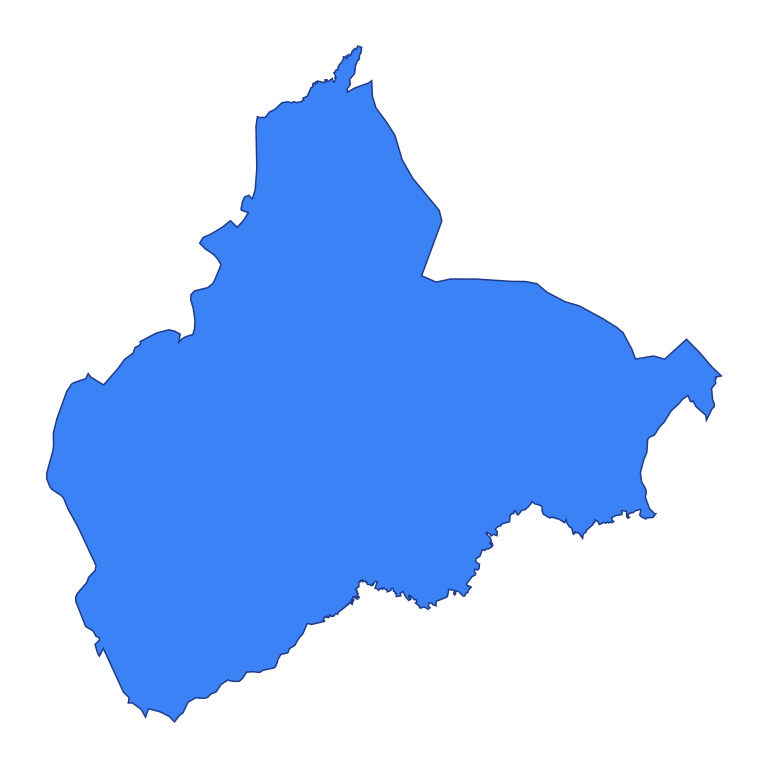 the district of Abuakwa South, Eastern, Ghana
{"feature_id": "2480657B6434141016984", "entity_name": "Abuakwa South", "entity_type": "district", "adm_level": 2, "iso_a3": "GHA", "parent_name": "Ghana", "parent_adm1": "Eastern", "projection": "natural_earth1", "projection_center": [-0.472, 6.173], "detail": "fine", "context": "isolated", "style": "filled", "palette": "blue", "viewbox_px": 768, "rotation_deg": 0, "n_neighbors": 0, "source": "geoboundaries", "source_scale": "gbopen_adm2", "svg_char_len": 6036}
<svg xmlns="http://www.w3.org/2000/svg" viewBox="0 0 768 768"><path d="M145.5,717.1L148.5,708.8L160.0,711.8L169.3,716.4L174.5,721.9L179.6,715.2L182.9,713.0L188.0,702.2L195.7,697.8L204.2,698.3L207.5,697.5L210.9,693.9L216.0,692.1L221.2,684.4L228.3,679.7L229.6,680.7L234.6,681.4L239.3,681.3L242.6,678.3L246.5,672.2L253.1,671.7L259.3,672.5L263.6,670.1L273.7,668.0L275.3,666.9L277.5,662.0L277.5,660.3L280.8,654.5L287.8,652.8L289.5,648.6L294.7,645.4L299.2,637.8L302.7,634.1L307.0,624.0L308.6,623.6L311.3,624.5L323.6,621.6L322.7,621.2L324.2,620.4L323.3,619.2L325.1,616.7L326.8,617.6L327.2,616.3L328.7,617.5L329.6,616.6L329.4,615.2L330.4,614.9L331.6,616.5L334.1,615.9L335.3,613.7L337.7,614.1L337.8,612.7L345.9,606.4L346.1,605.3L347.9,605.0L347.8,603.8L349.0,603.7L349.5,602.6L352.3,604.3L352.5,602.7L351.2,601.6L353.1,601.5L353.8,599.9L351.6,599.7L353.0,597.9L353.0,596.7L354.2,596.7L354.9,597.8L355.8,596.6L356.5,598.9L357.7,599.1L357.6,597.4L359.3,597.6L359.2,597.0L357.1,596.6L358.0,595.5L357.6,594.4L358.2,593.4L356.7,592.9L357.2,591.0L355.6,589.3L358.9,586.5L358.9,581.8L360.3,581.8L360.2,580.5L362.6,580.1L361.9,581.1L362.3,581.7L365.4,581.0L366.1,582.6L367.3,582.9L367.4,584.4L370.1,584.6L371.1,585.6L371.9,585.6L372.4,583.9L373.1,584.8L375.1,581.4L376.8,581.5L376.7,583.6L375.0,588.2L377.7,589.0L378.4,590.4L381.7,587.8L382.4,589.4L384.0,587.8L385.7,589.6L387.2,589.8L387.3,591.8L390.9,590.4L391.0,589.0L392.0,588.1L393.3,588.7L393.3,590.9L395.0,591.8L395.1,593.2L396.2,593.2L396.3,596.5L400.9,595.8L400.2,593.6L402.8,591.4L405.9,597.2L408.7,600.4L410.8,599.3L409.1,597.9L408.6,595.8L409.2,595.3L410.9,596.0L410.4,597.1L413.3,598.0L414.0,599.6L416.0,599.7L417.0,601.8L415.4,603.0L418.2,605.1L420.3,608.2L423.9,606.9L428.3,609.2L430.0,607.6L428.3,606.4L429.0,603.1L431.7,603.1L432.8,604.7L436.0,605.8L436.2,601.3L446.5,597.3L447.5,596.1L448.8,589.4L454.7,590.5L453.6,593.5L454.7,595.0L455.7,593.5L455.6,591.2L456.2,591.0L458.8,591.6L462.8,595.9L464.7,596.0L465.7,593.5L467.9,592.5L468.2,590.5L471.2,587.1L468.5,585.7L467.9,586.2L466.3,584.2L472.1,576.6L475.6,574.7L475.6,573.4L474.3,571.3L475.0,569.1L477.5,570.1L479.1,568.7L479.5,564.2L476.5,562.5L475.6,560.3L476.2,558.6L479.9,556.3L482.4,549.7L484.8,550.4L486.9,548.7L488.2,549.0L491.5,547.2L492.8,545.4L492.1,543.1L491.4,542.9L490.9,544.7L489.8,542.9L491.3,541.0L490.5,538.3L485.9,533.4L487.0,532.3L488.0,533.4L489.5,533.3L491.0,536.0L493.5,534.4L497.0,535.6L497.2,531.5L495.6,530.0L495.8,528.3L498.7,526.2L500.8,525.9L501.8,523.9L509.5,521.8L510.2,515.2L512.6,513.1L513.7,513.6L514.2,511.0L515.2,510.8L517.3,514.5L518.2,514.9L521.7,510.4L525.2,509.6L529.0,506.1L532.4,501.6L534.5,503.7L540.9,505.6L542.2,507.3L542.0,510.5L543.3,514.2L549.9,518.0L552.3,516.9L553.5,517.9L555.4,517.8L556.8,518.9L558.4,518.8L564.6,522.7L566.2,519.7L566.7,522.6L569.2,526.6L571.9,528.3L573.2,534.0L573.7,534.4L575.0,531.8L575.9,533.0L578.3,532.4L582.6,538.4L583.2,534.1L585.9,532.2L586.7,530.0L592.9,524.6L593.3,522.7L594.5,522.7L595.0,519.8L596.5,521.0L597.6,520.9L599.3,524.5L604.1,522.4L605.9,523.2L607.4,522.0L608.9,523.0L610.4,522.0L612.4,522.7L613.7,521.4L612.3,520.7L611.6,517.8L615.8,515.5L621.9,514.6L622.1,512.7L621.3,511.5L622.0,510.7L626.5,511.3L626.7,516.8L627.9,518.1L629.4,517.5L627.5,515.8L629.6,513.2L633.3,512.5L635.1,510.9L640.0,509.5L640.9,510.3L639.7,515.1L641.5,516.9L645.8,519.0L646.9,517.9L653.0,517.5L655.7,513.8L654.8,513.9L649.5,508.6L645.2,496.8L646.3,493.0L645.8,489.3L641.6,481.7L640.4,472.5L643.9,459.4L646.9,452.1L647.7,439.2L649.9,436.9L654.2,435.3L659.6,426.8L664.2,422.1L671.1,410.9L678.8,403.8L682.4,399.3L688.0,395.4L690.3,401.4L691.7,401.7L693.0,400.9L695.9,406.5L705.8,415.3L706.4,420.2L711.9,409.2L714.3,406.3L714.1,403.2L712.6,400.2L711.6,388.4L715.7,383.4L715.3,380.7L716.2,377.7L715.6,377.1L721.3,375.9L711.8,366.8L699.1,352.0L686.5,339.3L664.6,359.2L653.7,356.0L635.5,359.0L632.0,349.5L623.0,332.6L616.6,327.3L603.0,318.8L579.5,306.0L565.0,301.7L546.9,292.2L536.9,283.7L525.1,281.5L511.5,281.4L477.0,279.1L450.7,279.0L436.1,282.1L421.6,275.7L441.8,221.0L439.2,210.4L413.0,178.7L402.1,159.7L395.0,135.4L386.9,122.7L376.0,107.9L372.4,96.3L371.7,80.7L368.4,83.1L354.7,88.0L347.4,92.2L347.3,88.6L350.3,84.7L349.7,79.4L354.6,73.5L355.5,65.8L357.4,61.0L359.4,58.9L359.4,55.4L361.0,52.8L361.6,47.2L357.6,46.1L356.2,49.5L354.5,48.6L353.4,50.4L352.6,50.4L351.1,54.3L350.0,54.5L350.3,55.6L348.7,55.9L348.1,54.9L347.5,56.4L346.4,56.0L346.7,58.5L345.0,57.0L343.4,56.8L343.5,59.2L342.4,60.3L341.6,62.8L340.3,63.4L338.0,67.1L338.1,69.6L336.2,70.0L335.4,70.8L335.5,72.1L333.9,72.6L336.0,77.1L334.7,77.7L335.7,78.9L334.5,82.0L333.6,82.1L332.2,78.5L328.0,81.6L327.1,81.0L327.0,79.7L325.1,79.8L325.7,81.5L324.9,81.3L324.0,82.7L317.5,81.0L317.2,82.6L316.0,81.8L315.4,84.3L314.1,82.9L312.9,83.8L312.6,87.1L311.0,87.6L307.4,96.1L303.1,98.1L303.7,100.0L302.4,100.3L301.8,101.6L296.5,102.6L293.9,101.6L291.6,102.8L287.8,101.8L282.0,102.7L274.9,109.4L269.6,111.9L265.3,117.4L259.5,117.5L257.4,116.7L256.0,126.2L256.8,168.6L255.2,189.8L252.4,198.6L251.8,198.8L248.9,195.3L244.7,196.9L242.5,201.5L241.0,209.2L241.7,210.4L248.3,212.5L247.9,213.5L243.2,220.8L237.2,227.3L230.5,220.7L222.2,227.3L209.9,234.6L203.1,237.5L199.7,243.2L205.1,248.7L213.5,254.4L217.6,258.9L221.1,264.7L214.1,281.5L212.5,283.8L207.8,287.6L194.6,290.9L190.9,294.8L190.8,300.0L193.2,308.2L195.0,320.4L194.6,328.5L192.8,334.5L185.6,336.7L181.9,339.0L178.9,342.1L180.1,334.2L174.8,331.2L168.8,329.8L156.3,333.1L140.1,341.6L140.6,343.7L139.1,345.5L135.0,347.6L133.1,353.0L124.5,359.5L117.7,368.8L103.6,384.9L90.7,377.0L88.2,373.6L85.7,378.7L73.8,382.7L71.5,384.2L66.8,391.3L57.0,418.4L53.3,433.2L53.6,444.8L52.9,450.9L46.9,472.6L46.7,478.7L49.8,486.5L51.5,489.1L61.0,495.4L63.4,497.8L68.1,509.1L78.1,527.1L96.0,565.5L95.2,570.4L88.6,577.3L87.0,582.3L77.2,593.7L75.7,597.2L75.9,601.7L85.7,626.5L93.1,630.9L95.8,636.0L99.4,638.1L99.5,640.1L95.0,644.5L97.9,654.0L99.4,656.1L103.4,648.5L123.5,692.3L129.1,697.6L128.3,703.0L132.3,702.9L141.4,709.5L145.5,717.1Z" fill="#3b82f6" stroke="#1e3a8a" stroke-width="1.5"/></svg>